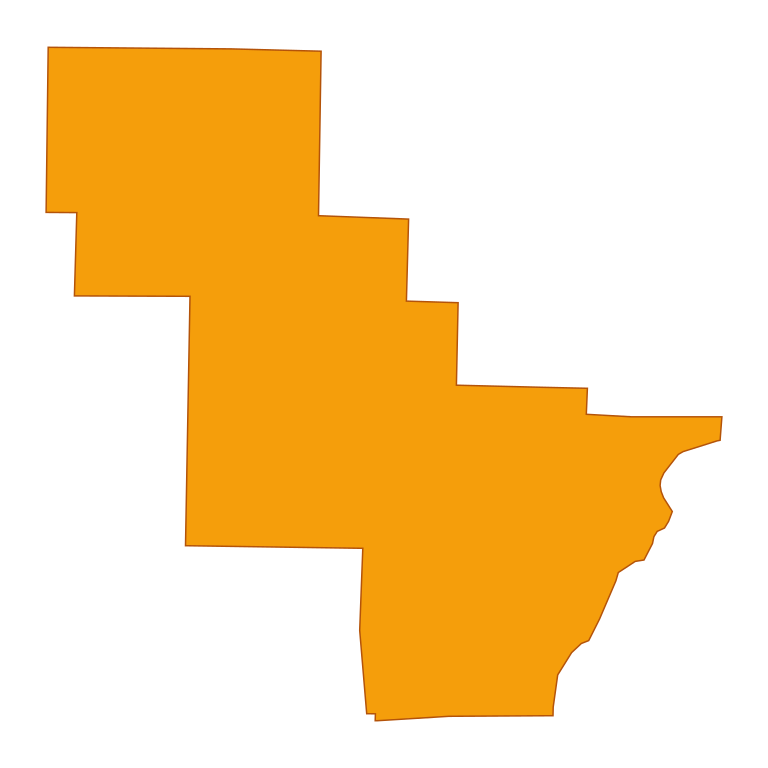 outline of Oconto, Wisconsin, United States of America
{"feature_id": "52423323B46591064068205", "entity_name": "Oconto", "entity_type": "district", "adm_level": 2, "iso_a3": "USA", "parent_name": "United States of America", "parent_adm1": "Wisconsin", "projection": "equal_earth", "projection_center": [-88.069, 45.026], "detail": "fine", "context": "isolated", "style": "filled", "palette": "amber", "viewbox_px": 768, "rotation_deg": 0, "n_neighbors": 0, "source": "geoboundaries", "source_scale": "gbopen_adm2", "svg_char_len": 749}
<svg xmlns="http://www.w3.org/2000/svg" viewBox="0 0 768 768"><path d="M185.5,545.7L362.8,548.3L359.7,630.4L366.7,713.7L375.4,713.8L375.2,720.7L377.6,720.7L448.9,716.3L553.0,715.7L553.2,707.1L557.7,674.9L571.6,652.6L581.3,643.5L588.7,640.6L599.5,619.1L615.9,580.8L618.3,572.5L635.2,561.4L644.0,560.0L652.5,543.5L653.9,536.7L657.2,531.4L664.5,528.0L668.6,521.3L672.3,511.5L663.6,497.8L661.2,491.6L660.1,485.5L660.7,479.9L663.9,472.9L678.3,454.4L683.1,451.6L717.0,440.9L720.1,440.3L721.9,416.8L631.2,416.8L586.3,414.3L587.4,388.3L542.3,387.3L456.4,385.2L458.1,302.7L406.4,301.1L408.6,219.1L318.5,215.7L321.1,51.2L231.4,48.9L48.2,47.3L46.1,212.4L76.8,212.6L74.4,295.9L190.0,296.3L185.5,545.7Z" fill="#f59e0b" stroke="#b45309" stroke-width="1.5"/></svg>